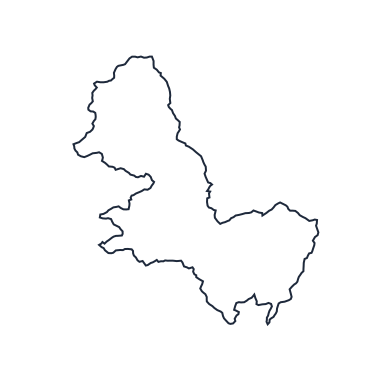 Jacupiranga, São Paulo, Brazil (orthographic projection), rotated 121°
{"feature_id": "56859067B20022642204757", "entity_name": "Jacupiranga", "entity_type": "district", "adm_level": 2, "iso_a3": "BRA", "parent_name": "Brazil", "parent_adm1": "São Paulo", "projection": "orthographic", "projection_center": [-48.043, -24.779], "detail": "fine", "context": "isolated", "style": "outline", "palette": "slate", "viewbox_px": 384, "rotation_deg": 121, "n_neighbors": 0, "source": "geoboundaries", "source_scale": "gbopen_adm2", "svg_char_len": 4854}
<svg xmlns="http://www.w3.org/2000/svg" viewBox="0 0 384 384"><g transform="rotate(121 192 192)"><path d="M105.3,310.5L106.9,313.1L109.7,314.4L116.9,315.2L118.3,316.3L121.8,320.1L123.5,320.8L126.0,320.8L130.1,320.3L132.2,318.7L134.2,317.6L136.1,318.3L138.2,318.9L139.3,320.3L141.1,321.4L143.4,324.2L145.1,327.0L146.4,330.3L149.5,331.8L150.6,330.4L151.5,327.4L153.6,327.7L155.7,328.3L158.4,328.5L160.4,327.0L162.8,326.0L165.4,323.7L167.8,324.1L169.8,324.8L173.3,324.3L174.8,323.2L175.1,320.5L173.9,318.1L174.0,315.7L175.5,314.4L177.2,313.2L179.4,312.3L181.6,312.7L184.7,312.6L186.0,310.1L187.7,309.7L189.7,309.5L192.9,310.4L195.7,312.6L199.8,311.9L202.5,312.8L204.3,313.4L207.4,314.4L209.4,316.1L212.1,318.2L213.5,316.5L215.3,315.2L216.5,313.2L217.1,310.7L218.7,308.9L218.6,305.6L217.6,302.3L215.0,300.3L212.6,298.7L210.0,297.1L207.4,293.7L205.8,292.1L205.8,288.9L208.3,286.2L210.0,285.6L211.7,285.2L211.8,281.5L212.3,278.8L212.9,276.4L211.3,273.1L211.0,270.9L212.3,268.9L208.4,265.4L207.5,262.2L208.1,259.8L208.1,255.9L208.8,253.8L207.7,250.0L208.0,247.8L207.2,245.9L204.5,244.0L203.6,241.0L200.1,240.9L199.5,238.1L200.3,235.2L202.5,232.4L202.9,229.7L204.8,229.5L207.1,229.8L210.0,229.7L212.9,231.2L214.3,234.2L217.1,235.6L219.1,237.0L222.2,239.3L224.8,240.5L226.2,241.9L228.4,241.7L229.7,240.2L231.7,241.8L234.1,239.6L236.1,238.6L239.4,237.5L240.9,239.5L242.2,241.9L242.4,244.9L242.1,247.5L243.6,249.0L245.7,251.5L248.1,252.7L250.7,254.2L253.1,254.6L256.4,256.6L258.5,259.0L261.3,257.9L260.6,255.0L259.1,252.0L257.7,250.5L256.9,247.4L258.5,245.2L260.1,242.4L259.6,236.3L260.6,234.2L261.5,231.2L263.6,229.9L265.4,229.7L267.7,232.9L268.8,234.6L270.6,236.2L272.4,237.1L276.0,238.5L278.4,239.6L281.3,240.4L281.0,243.0L283.0,243.2L285.2,244.4L285.8,241.0L285.6,238.8L286.8,236.6L287.4,232.2L286.0,229.6L284.6,228.2L281.3,227.2L278.7,223.7L277.4,221.3L275.4,220.1L273.8,217.6L272.2,214.2L272.9,212.2L274.9,210.9L276.4,209.1L277.0,206.4L278.6,203.5L278.9,201.1L276.6,198.8L278.8,193.7L277.4,192.3L274.1,190.8L272.5,189.4L270.6,188.3L268.4,187.2L269.2,184.8L267.3,182.9L266.2,180.9L264.5,179.8L263.4,177.4L261.8,174.9L260.7,173.0L259.1,169.5L257.8,167.7L256.5,166.0L257.3,163.9L259.9,160.5L259.2,157.6L259.1,155.3L256.3,152.8L257.2,150.8L259.7,150.0L261.3,147.6L261.2,145.5L262.8,144.5L263.0,140.7L262.9,136.6L265.8,135.8L268.2,135.6L270.5,135.2L272.0,132.4L272.4,130.4L272.7,127.9L274.4,125.3L276.6,124.0L278.2,122.9L279.2,119.5L279.3,115.7L279.9,113.2L280.2,109.5L279.7,105.8L280.0,103.8L282.3,101.6L283.8,99.5L284.7,96.6L285.7,93.1L285.3,91.2L283.5,89.1L280.3,88.4L278.7,90.1L276.7,90.2L274.8,90.2L272.9,89.3L270.8,90.0L271.0,93.3L271.3,95.2L267.6,96.2L264.3,96.8L262.3,95.1L261.4,93.1L259.6,90.5L256.9,89.1L254.6,88.3L251.9,86.4L249.6,86.0L247.8,85.8L250.4,82.9L252.3,80.2L254.9,79.0L254.7,76.8L252.1,73.9L250.1,71.1L247.7,69.3L247.2,66.6L248.9,64.6L251.6,64.4L253.9,64.4L256.3,63.9L258.8,63.1L261.1,63.1L263.2,61.9L264.8,61.3L266.4,59.0L263.9,58.5L261.3,59.7L259.4,59.0L257.1,57.8L255.0,57.8L253.1,57.6L250.7,57.8L248.1,59.1L245.6,59.7L242.9,60.3L240.8,59.2L238.3,56.1L234.9,53.3L232.8,52.2L230.6,52.6L228.5,54.7L225.1,58.2L221.8,57.6L218.7,56.8L216.7,55.8L214.6,55.5L211.8,56.3L209.7,56.7L207.2,56.5L204.9,56.4L202.5,55.7L200.6,56.8L198.1,58.1L195.2,59.7L191.4,61.0L189.4,59.5L186.7,59.9L184.3,60.0L182.6,58.2L180.8,58.4L178.3,59.0L174.6,59.8L172.6,60.7L171.5,63.3L167.3,63.4L164.3,62.1L161.5,62.9L159.6,65.2L157.0,68.3L154.8,68.8L151.6,70.4L152.4,72.6L154.1,74.0L156.4,76.6L156.2,78.9L156.0,81.3L156.3,84.1L156.4,87.7L155.4,90.4L155.0,93.7L156.1,96.0L157.5,98.3L156.9,100.8L155.5,102.6L155.1,104.6L155.3,107.3L155.6,111.1L157.6,112.4L160.3,113.8L163.2,114.1L166.0,114.7L168.3,116.2L171.8,117.5L175.9,119.5L173.9,121.0L175.1,124.0L175.7,127.4L176.2,129.8L178.9,130.7L180.6,132.3L182.7,135.4L185.0,137.5L187.4,139.9L189.7,142.5L192.1,143.4L194.3,145.0L197.1,145.4L198.6,146.6L200.9,148.2L202.7,150.0L204.8,151.4L204.0,155.0L202.3,159.1L200.0,160.8L198.0,161.4L195.6,162.2L196.2,164.1L195.9,167.0L196.6,169.5L195.7,171.6L192.8,174.0L189.6,175.7L187.7,174.2L184.5,176.7L182.3,176.7L183.4,179.6L181.3,179.4L179.1,179.6L177.3,179.5L175.3,178.7L174.9,180.8L175.5,183.1L172.0,188.1L169.8,190.7L166.5,191.0L163.2,193.3L162.0,195.5L160.5,197.7L159.3,199.1L156.7,202.6L155.8,209.0L155.0,213.2L154.8,218.1L155.3,221.2L153.8,222.7L154.3,225.9L154.8,230.1L154.6,232.2L152.5,233.5L149.1,234.6L146.8,234.5L144.6,234.5L143.2,236.4L141.5,236.9L138.3,238.6L137.8,240.8L137.3,243.7L135.6,245.8L134.2,248.8L132.1,251.4L131.8,253.3L131.1,255.6L129.8,257.2L126.9,256.4L123.6,259.0L120.5,260.3L117.6,262.4L115.0,264.9L113.4,267.1L110.6,270.3L109.2,274.1L108.4,278.9L106.1,280.0L106.5,281.9L105.3,285.2L105.1,288.7L102.7,290.5L99.5,292.4L96.6,296.1L97.7,298.0L100.0,300.0L101.6,302.3L102.2,305.5L104.6,308.0L105.3,310.5Z" fill="none" stroke="#1e293b" stroke-width="2"/></g></svg>